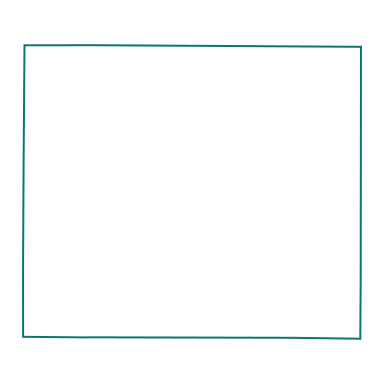 Barron, Wisconsin, United States of America (Robinson projection)
{"feature_id": "52423323B47194785340337", "entity_name": "Barron", "entity_type": "district", "adm_level": 2, "iso_a3": "USA", "parent_name": "United States of America", "parent_adm1": "Wisconsin", "projection": "robinson", "projection_center": [-91.799, 45.423], "detail": "fine", "context": "isolated", "style": "outline", "palette": "teal", "viewbox_px": 384, "rotation_deg": 0, "n_neighbors": 0, "source": "geoboundaries", "source_scale": "gbopen_adm2", "svg_char_len": 308}
<svg xmlns="http://www.w3.org/2000/svg" viewBox="0 0 384 384"><path d="M361.0,46.8L92.1,45.2L24.5,45.3L23.6,162.1L23.0,278.9L23.1,336.8L85.7,337.4L90.5,337.3L292.5,337.8L350.8,338.6L351.7,338.6L353.1,338.6L360.3,338.8L360.3,336.4L360.7,280.8L361.0,46.8Z" fill="none" stroke="#0f766e" stroke-width="2"/></svg>